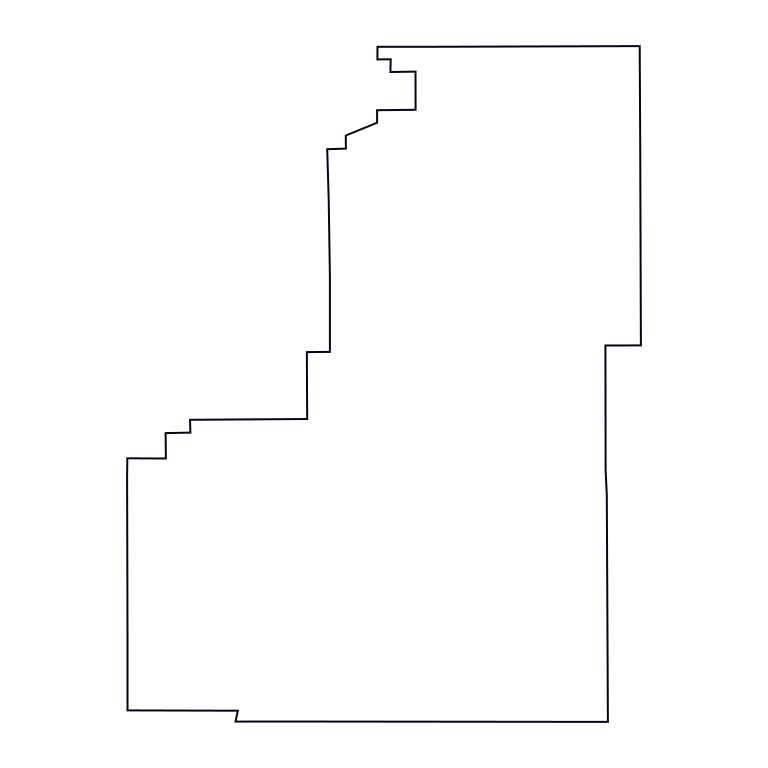 Sanpete, Utah, United States of America (Albers equal-area conic projection)
{"feature_id": "52423323B58095875078867", "entity_name": "Sanpete", "entity_type": "district", "adm_level": 2, "iso_a3": "USA", "parent_name": "United States of America", "parent_adm1": "Utah", "projection": "albers", "projection_center": [-111.655, 39.423], "detail": "fine", "context": "isolated", "style": "outline", "palette": "ink", "viewbox_px": 768, "rotation_deg": 0, "n_neighbors": 0, "source": "geoboundaries", "source_scale": "gbopen_adm2", "svg_char_len": 576}
<svg xmlns="http://www.w3.org/2000/svg" viewBox="0 0 768 768"><path d="M607.9,721.9L606.8,494.9L605.6,469.9L605.5,384.1L605.4,345.5L640.9,345.4L640.2,140.1L639.7,46.1L427.9,46.8L377.5,46.8L377.4,59.4L390.7,59.3L390.4,72.0L415.5,71.6L415.6,109.8L377.1,110.2L377.1,122.7L345.8,135.5L345.9,148.6L327.2,149.2L328.7,199.0L329.9,275.9L329.9,351.9L306.9,352.1L307.0,389.4L307.2,419.0L190.0,419.8L190.4,432.6L165.6,433.1L165.9,458.5L127.3,458.3L127.1,477.6L127.5,635.1L127.5,710.4L237.8,710.7L235.5,721.6L269.7,721.5L607.9,721.9Z" fill="none" stroke="#020617" stroke-width="2"/></svg>